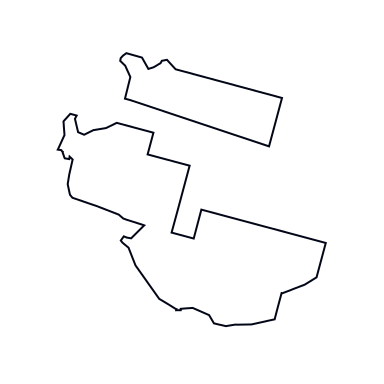 Wagait, Northern Territory, Australia (orthographic projection), rotated 195°
{"feature_id": "25037944B50083435969321", "entity_name": "Wagait", "entity_type": "district", "adm_level": 2, "iso_a3": "AUS", "parent_name": "Australia", "parent_adm1": "Northern Territory", "projection": "orthographic", "projection_center": [130.755, -12.442], "detail": "fine", "context": "isolated", "style": "outline", "palette": "ink", "viewbox_px": 384, "rotation_deg": 195, "n_neighbors": 0, "source": "geoboundaries", "source_scale": "gbopen_adm2", "svg_char_len": 1740}
<svg xmlns="http://www.w3.org/2000/svg" viewBox="0 0 384 384"><g transform="rotate(195 192 192)"><path d="M332.6,198.2L329.0,198.6L328.9,198.5L328.8,198.4L328.6,198.2L328.2,197.8L328.1,197.7L327.9,197.6L327.7,197.5L327.6,197.4L327.3,197.4L327.1,197.3L327.1,197.1L327.1,196.9L327.0,196.6L327.0,196.4L326.9,196.3L326.6,195.7L326.3,195.5L326.1,195.2L325.6,194.4L325.1,193.6L324.9,193.3L324.7,193.0L324.1,192.2L323.8,191.8L323.6,191.6L319.1,192.0L319.4,194.5L315.7,192.5L315.1,177.2L314.1,167.4L310.2,159.7L309.1,157.7L306.0,155.5L287.5,154.2L280.9,153.8L271.6,152.8L256.9,151.2L251.5,148.6L248.0,148.3L230.4,147.5L229.5,147.4L230.6,145.6L238.8,131.5L243.1,131.1L246.4,131.5L247.9,127.5L248.2,126.7L246.1,125.1L243.3,123.8L238.9,121.8L227.6,106.5L214.2,95.4L210.5,92.3L205.9,88.5L196.0,80.3L186.9,77.7L178.3,75.1L177.1,74.7L176.8,74.8L176.7,73.7L172.3,74.9L172.7,76.2L167.2,78.2L161.6,80.1L161.3,80.2L154.7,79.2L148.8,78.3L143.6,77.5L142.7,76.6L137.5,71.5L136.8,70.8L132.8,70.9L130.2,71.0L127.9,71.1L124.5,71.2L121.3,72.7L115.9,75.1L113.4,75.7L100.2,79.5L86.9,86.4L84.5,87.7L82.5,88.7L79.2,90.4L79.3,98.9L79.3,114.5L79.3,117.6L78.5,117.6L73.8,121.0L72.2,122.1L69.6,124.1L59.1,131.7L49.6,141.8L49.6,177.4L113.1,177.4L155.6,177.4L178.4,177.4L178.3,147.5L201.2,147.5L201.1,172.7L201.1,216.8L244.6,216.8L244.6,239.3L282.6,239.3L291.6,231.5L303.3,226.2L311.0,219.4L317.5,220.3L324.0,232.4L323.2,236.0L329.8,236.0L334.4,227.0L332.6,221.7L329.9,214.0L332.5,198.6L332.6,198.2ZM250.4,313.2L255.1,310.9L255.7,308.4L261.3,302.6L266.0,299.6L275.1,308.9L291.3,309.1L293.9,305.9L295.5,302.9L295.3,300.1L289.2,296.7L281.3,287.1L280.9,264.8L275.4,264.8L129.4,256.0L129.4,306.1L239.6,306.3L250.4,313.2Z" fill="none" stroke="#020617" stroke-width="2"/></g></svg>